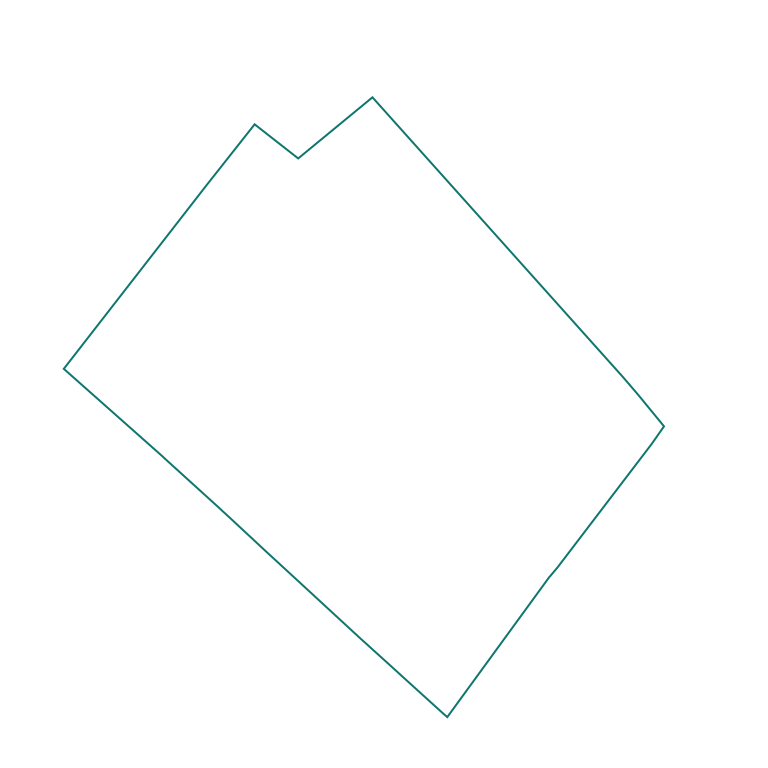 Bradford, Pennsylvania, United States of America (orthographic projection), rotated 222°
{"feature_id": "52423323B55160091644595", "entity_name": "Bradford", "entity_type": "district", "adm_level": 2, "iso_a3": "USA", "parent_name": "United States of America", "parent_adm1": "Pennsylvania", "projection": "orthographic", "projection_center": [-76.584, 41.772], "detail": "fine", "context": "isolated", "style": "outline", "palette": "teal", "viewbox_px": 768, "rotation_deg": 222, "n_neighbors": 0, "source": "geoboundaries", "source_scale": "gbopen_adm2", "svg_char_len": 478}
<svg xmlns="http://www.w3.org/2000/svg" viewBox="0 0 768 768"><g transform="rotate(222 384 384)"><path d="M584.4,589.3L598.7,494.2L653.9,490.4L648.9,413.1L632.1,181.0L500.7,182.0L496.6,181.9L422.2,181.6L419.3,181.5L415.0,181.5L359.0,180.6L358.6,180.6L305.6,180.0L231.7,179.1L187.8,179.0L175.1,178.9L118.3,178.7L117.6,178.8L114.1,178.8L131.9,350.4L132.3,363.6L145.0,519.0L147.6,539.9L188.3,546.1L211.5,549.1L584.4,589.3Z" fill="none" stroke="#0f766e" stroke-width="2"/></g></svg>